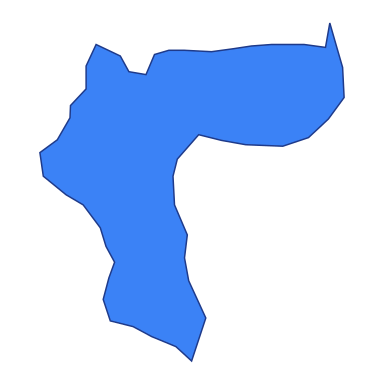 Kourou Monastiri, Cyprus (Albers equal-area conic projection)
{"feature_id": "46923920B54534863217064", "entity_name": "Kourou Monastiri", "entity_type": "district", "adm_level": 2, "iso_a3": "CYP", "parent_name": "Cyprus", "parent_adm1": "", "projection": "albers", "projection_center": [33.557, 35.22], "detail": "fine", "context": "isolated", "style": "filled", "palette": "blue", "viewbox_px": 384, "rotation_deg": 0, "n_neighbors": 0, "source": "geoboundaries", "source_scale": "gbopen_adm2", "svg_char_len": 702}
<svg xmlns="http://www.w3.org/2000/svg" viewBox="0 0 384 384"><path d="M70.5,105.5L70.0,117.8L57.3,139.8L39.9,152.6L43.3,176.2L66.1,194.8L83.2,204.9L100.3,227.8L106.0,246.4L114.6,262.2L108.9,277.9L103.2,299.4L110.3,320.9L133.1,326.6L151.7,336.6L175.9,346.6L191.6,361.0L205.8,318.0L188.7,280.8L184.5,257.9L187.3,234.9L174.5,204.9L173.0,176.2L177.3,159.1L198.7,134.7L221.5,140.4L245.7,144.7L282.8,146.2L308.5,137.6L328.4,119.0L344.1,97.5L342.6,67.4L335.6,43.2L329.8,23.0L325.5,47.4L304.2,44.5L271.4,44.5L251.4,46.0L232.9,48.8L211.5,51.7L184.4,50.3L168.8,50.3L154.5,54.5L146.0,74.6L128.9,71.7L120.3,56.0L96.1,44.5L86.1,66.0L86.1,88.9L70.5,105.5Z" fill="#3b82f6" stroke="#1e3a8a" stroke-width="1.5"/></svg>